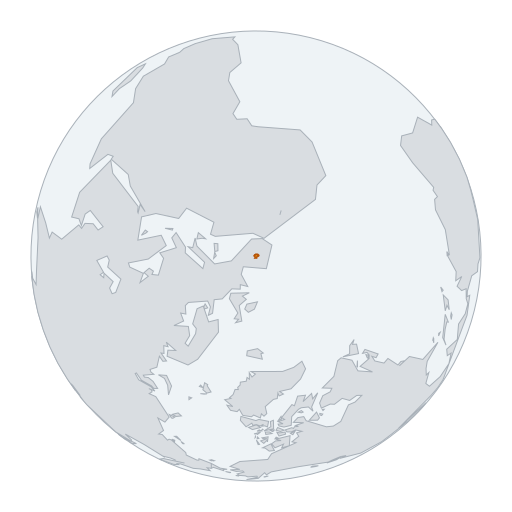 the Earth from above Ávila, rotated 194°
{"feature_id": "ESP-5806", "entity_name": "Ávila", "entity_type": "Autonomous Community", "adm_level": 1, "iso_a3": "ESP", "parent_name": "Spain", "parent_adm1": "", "projection": "orthographic", "projection_center": [-4.824, 40.625], "detail": "fine", "context": "on_globe", "style": "filled", "palette": "amber", "viewbox_px": 512, "rotation_deg": 194, "n_neighbors": 0, "source": "natural_earth", "source_scale": "10m", "svg_char_len": 10747}
<svg xmlns="http://www.w3.org/2000/svg" viewBox="0 0 512 512"><g transform="rotate(194 256 256)"><circle cx="256" cy="256" r="225" fill="#eef3f6" stroke="#a8b0b8"/><path d="M70.4,383.6L63.3,371.4L58.6,362.5L49.7,345.0L38.3,308.5L38.7,302.0L37.3,294.4L41.9,289.0L42.4,272.8L41.3,267.6L39.1,269.6L36.9,249.5L38.6,234.9L44.6,181.3L47.9,172.1L52.2,163.5L76.0,123.4L55.6,154.7L60.7,144.7L68.9,131.6L69.3,131.6L81.5,115.8L89.1,106.3L106.6,90.2L125.7,79.9L120.3,84.2L125.5,81.8L132.7,76.4L136.1,73.5L163.9,61.8L189.0,50.2L192.9,46.2L195.2,47.8L200.0,40.8L211.1,36.8L201.0,41.7L201.8,42.6L210.5,39.7L213.2,40.1L219.0,39.1L221.5,40.0L215.4,43.4L216.9,44.2L223.0,42.2L229.3,42.3L220.1,45.0L230.2,45.6L221.9,52.7L195.4,61.4L193.1,67.9L172.0,84.5L176.2,84.4L170.9,91.4L173.8,94.2L169.1,97.0L175.5,96.8L179.3,93.8L183.4,92.8L185.5,94.4L179.8,98.0L177.9,97.8L177.3,99.7L173.6,100.9L176.6,101.2L169.4,105.8L179.5,103.6L176.3,109.3L170.8,111.7L167.5,108.3L146.4,107.3L139.8,109.7L133.7,116.0L130.3,133.9L124.6,138.2L119.6,146.4L124.5,145.1L130.2,138.5L138.0,138.7L144.0,131.1L148.1,130.3L155.8,124.2L158.7,128.7L157.4,136.6L151.2,142.1L150.4,146.0L159.7,144.0L151.3,158.0L151.4,174.2L148.8,177.8L137.7,178.1L129.3,169.2L114.9,171.7L128.3,174.1L121.5,183.8L122.2,187.3L124.9,189.3L129.1,187.3L127.7,191.7L113.8,190.5L114.9,186.4L119.3,186.7L115.3,182.9L105.9,183.1L103.2,188.5L91.9,184.6L89.9,188.7L86.3,190.4L90.3,184.1L82.8,195.6L69.1,196.0L58.6,216.3L64.4,195.2L63.8,188.0L62.0,181.7L60.1,184.8L60.4,173.4L56.2,171.6L48.1,183.5L42.8,198.2L43.2,209.0L46.3,205.6L48.4,211.7L40.5,223.7L43.0,239.0L39.0,250.6L38.9,260.9L41.7,265.5L44.2,275.1L48.1,272.2L53.6,275.3L51.4,285.9L56.2,280.3L58.0,289.3L70.2,302.6L68.7,304.0L78.7,327.4L93.0,344.2L96.4,354.2L94.3,357.5L100.1,362.6L100.2,365.6L126.5,384.3L142.5,398.2L143.7,407.8L133.8,413.3L132.8,429.8L117.1,425.5L118.5,430.5L115.7,432.0L105.5,423.6L108.7,426.5L94.7,413.3L81.9,399.0L70.4,383.6ZM55.1,222.0L58.3,245.2L53.4,238.4L54.9,238.2L54.8,230.9L53.4,220.7L50.1,215.5L55.1,222.0ZM63.3,217.9L62.5,214.7L63.7,217.0L63.3,217.9ZM137.2,72.3L132.5,76.3L125.1,81.3L128.6,77.8L137.2,72.3ZM151.9,64.2L150.4,65.8L144.7,67.6L147.3,66.1L151.9,64.2ZM195.1,43.6L190.8,45.5L194.1,43.6L195.1,43.6ZM219.4,38.8L219.7,38.3L222.6,38.1L219.4,38.8ZM153.6,122.2L154.6,123.2L152.7,123.8L153.6,122.2ZM156.0,118.7L153.0,118.8L153.7,117.1L155.5,117.2L156.0,118.7ZM229.0,39.4L233.5,39.5L227.9,39.9L229.0,39.4ZM159.5,119.2L155.3,114.3L156.5,111.6L164.6,109.5L159.5,119.2ZM235.4,39.9L246.2,40.6L248.0,39.2L249.2,43.9L239.5,41.5L232.4,42.1L236.1,40.9L235.4,39.9ZM179.6,92.2L175.7,95.5L177.0,91.5L179.6,92.2ZM179.5,89.9L177.8,79.9L184.7,76.1L183.8,80.1L191.2,74.5L195.4,77.6L192.3,81.3L187.0,83.0L192.6,83.0L179.5,89.9ZM248.1,46.7L249.8,47.6L246.9,47.3L248.1,46.7ZM185.2,92.2L184.2,90.3L190.1,86.9L193.1,90.0L190.2,90.1L185.2,92.2ZM191.1,71.7L196.0,69.9L200.7,71.8L203.2,71.5L196.1,77.3L191.1,71.7ZM189.9,91.6L194.4,91.8L193.5,94.8L186.5,93.8L189.9,91.6ZM190.4,84.7L193.3,83.3L192.6,85.1L190.4,84.7ZM192.9,106.4L191.7,103.9L194.6,101.9L192.9,106.4ZM196.2,91.6L196.4,90.6L197.5,89.6L200.2,90.3L196.2,91.6ZM199.9,78.4L200.8,79.8L203.1,76.1L206.7,77.7L201.2,81.4L205.1,80.5L206.2,81.0L200.5,83.5L199.9,78.4ZM206.0,88.2L200.3,94.0L202.0,98.9L199.4,100.8L197.1,92.6L206.0,88.2ZM203.3,85.2L204.4,87.4L200.6,88.5L197.5,87.6L203.3,85.2ZM211.1,77.5L207.0,74.1L208.3,73.5L211.1,77.5ZM207.2,89.4L208.5,88.0L207.8,89.6L207.2,89.4ZM210.8,80.8L209.1,79.7L210.7,78.9L210.8,80.8ZM212.6,86.3L210.8,88.1L208.6,87.5L212.6,86.3ZM212.4,83.6L214.9,82.9L209.0,86.2L211.4,83.2L212.4,83.6ZM212.5,80.3L212.9,79.5L213.0,81.0L212.5,80.3ZM221.8,87.9L214.8,92.2L210.1,90.7L217.5,86.7L221.8,87.9ZM391.4,75.9L392.7,77.0L388.8,74.2L398.1,81.7L392.8,78.1L402.6,86.2L404.7,87.4L398.5,81.6L409.2,90.9L409.4,91.1L422.3,104.0L434.1,118.0L444.7,133.0L454.1,148.7L462.1,165.1L468.8,182.1L466.8,177.1L469.8,186.7L467.3,180.4L462.5,175.1L465.5,189.1L471.9,221.1L476.7,238.6L477.1,251.6L468.1,237.3L460.8,223.4L459.6,229.9L448.6,225.3L435.5,243.3L431.9,240.6L429.8,246.3L421.8,247.9L415.5,243.0L411.4,247.4L427.8,260.1L431.9,255.4L432.8,243.3L436.8,249.3L444.3,249.2L442.5,275.2L420.1,313.8L415.0,301.6L382.3,275.5L381.6,270.4L381.4,270.0L380.8,269.2L380.9,278.0L374.3,272.2L394.9,293.5L399.7,304.2L419.9,314.9L418.7,318.2L424.3,318.8L438.5,300.7L439.3,305.3L434.4,332.3L412.0,375.1L413.3,389.3L408.8,403.2L391.2,420.2L388.9,428.0L379.3,435.2L376.2,439.8L366.3,447.4L351.1,456.2L329.5,463.5L331.1,460.6L324.7,456.6L317.2,439.8L325.8,427.7L325.1,419.4L309.0,401.8L312.8,388.6L307.7,384.0L297.8,387.0L291.6,381.3L285.3,381.9L243.7,389.0L229.2,380.2L207.7,350.9L214.0,339.6L212.0,325.3L252.5,275.1L264.5,277.3L300.3,265.2L305.4,266.1L305.0,278.6L334.9,285.6L340.1,273.7L363.4,273.0L376.5,266.3L374.5,242.8L353.0,253.2L345.6,244.4L359.8,227.0L378.1,218.4L375.8,214.7L361.1,211.9L362.1,202.1L355.6,210.3L360.6,212.8L356.7,218.3L351.9,216.5L352.5,212.9L346.1,213.8L345.1,231.4L350.1,235.8L335.3,244.8L342.1,253.2L339.2,259.4L326.6,247.6L325.4,241.9L304.5,230.9L304.4,237.5L324.1,248.6L319.4,248.8L319.4,258.7L315.7,251.3L294.2,238.3L278.7,245.3L264.4,271.4L254.2,274.4L243.2,270.5L242.9,246.2L265.7,242.5L265.9,234.6L256.6,224.4L264.3,224.4L263.3,220.0L271.5,218.3L278.4,206.2L286.0,203.5L284.3,189.9L287.9,186.9L287.9,195.6L292.0,200.6L310.3,194.6L312.6,190.8L310.0,182.7L315.3,182.4L310.5,175.4L318.8,168.7L304.6,171.3L301.1,162.7L303.7,154.2L300.0,152.1L295.8,166.0L296.4,171.2L301.0,174.8L300.4,190.6L295.1,194.7L286.0,180.6L277.4,185.2L274.0,173.0L287.6,141.7L295.6,133.8L318.0,137.2L318.7,143.3L311.0,144.9L322.2,150.7L319.4,146.7L323.8,146.7L321.7,139.2L324.7,138.9L317.4,132.5L320.9,131.3L325.5,135.4L325.3,124.1L331.4,120.3L329.9,118.0L326.5,116.5L336.5,113.1L335.0,111.5L331.1,112.0L325.5,109.4L319.4,103.7L323.2,102.8L325.9,104.7L337.2,107.8L343.8,113.6L344.8,112.7L339.9,107.5L326.1,103.7L321.4,100.5L327.9,101.4L325.2,100.9L324.0,99.0L326.4,96.6L319.2,95.3L301.3,78.7L304.2,72.8L312.0,75.1L303.5,64.3L307.4,59.7L303.8,60.1L297.3,55.9L296.0,57.2L293.8,57.1L276.6,48.3L275.5,46.0L264.0,43.7L262.1,44.0L262.3,45.5L249.2,43.9L248.0,39.2L252.2,38.7L248.6,36.6L258.8,35.9L265.5,34.8L278.8,36.0L283.0,35.4L281.1,34.8L285.3,33.9L300.7,35.5L296.7,37.1L275.3,37.8L284.8,37.5L285.1,38.6L290.1,39.3L296.6,39.3L295.8,38.6L319.1,46.1L339.7,51.6L332.1,47.3L332.7,46.2L349.6,51.4L384.0,70.7L384.5,71.0L391.4,75.9ZM242.8,301.7L242.6,306.2L242.6,306.3L242.8,301.7ZM400.5,220.0L409.4,213.2L400.0,203.3L402.7,200.1L398.5,198.1L399.3,202.6L388.4,196.6L390.3,189.5L386.5,184.6L383.3,186.7L381.5,200.9L397.2,209.4L397.4,216.5L400.5,220.0ZM70.7,302.9L71.9,306.5L69.7,304.4L70.7,302.9ZM51.2,241.6L52.6,244.9L52.8,248.1L51.5,246.3L51.2,241.6ZM66.9,266.4L69.3,270.6L66.1,268.1L66.9,266.4ZM59.1,248.6L64.9,263.5L59.0,259.9L55.5,250.6L58.8,254.4L59.1,248.6ZM59.5,222.6L60.0,225.2L58.8,226.6L59.5,222.6ZM64.2,219.6L63.8,219.1L64.1,216.5L64.2,219.6ZM122.4,183.8L123.4,184.1L125.5,186.9L123.1,187.0L122.4,183.8ZM143.4,191.7L140.6,198.7L141.0,193.6L137.1,194.8L132.9,186.1L147.3,179.2L141.5,183.7L143.4,191.7ZM131.3,173.2L132.3,179.1L130.7,173.0L131.3,173.2ZM249.8,199.5L254.1,201.8L253.2,207.1L243.5,211.9L244.7,204.0L249.8,199.5ZM260.3,203.9L254.0,189.4L259.7,186.3L257.6,190.4L262.0,189.8L259.8,196.3L271.5,208.1L271.4,213.8L253.6,218.7L259.5,213.8L254.9,211.6L260.3,203.9ZM227.6,162.4L224.9,157.4L240.9,157.0L241.5,161.8L232.0,166.5L225.5,163.6L227.6,162.4ZM174.6,117.0L172.5,116.0L174.1,114.8L177.2,114.7L174.6,117.0ZM192.1,105.4L185.2,120.5L182.5,120.0L181.7,130.1L174.3,132.9L175.1,126.1L168.8,136.1L166.5,131.1L163.0,138.2L165.5,122.9L163.1,119.2L168.6,122.2L175.4,119.7L177.7,117.5L182.5,108.8L180.9,100.2L187.5,96.8L192.6,96.7L193.9,98.2L189.2,99.8L194.5,100.7L188.7,104.3L192.1,105.4ZM248.1,104.2L242.1,104.3L251.6,109.0L245.9,111.7L247.4,112.1L244.7,116.0L244.0,121.5L240.9,122.1L242.0,124.1L240.2,126.9L240.7,129.8L235.2,132.1L235.3,136.0L232.6,134.9L234.3,141.1L230.6,137.6L228.0,141.3L232.9,142.7L202.3,150.4L192.4,157.1L186.0,165.0L180.6,158.5L183.0,147.4L189.9,135.6L200.3,130.3L196.0,128.7L199.7,125.8L201.6,128.3L200.9,122.8L204.4,121.1L210.6,112.1L207.4,105.7L209.5,102.5L212.6,104.2L212.6,99.9L219.8,101.1L221.5,98.9L230.3,98.2L235.1,103.2L236.7,100.4L243.4,100.1L248.1,104.2ZM224.3,87.9L231.4,92.7L231.8,96.7L216.3,96.3L213.7,98.1L203.8,98.6L203.5,92.9L206.4,93.3L209.1,92.3L208.1,94.5L210.9,92.1L214.9,92.5L218.2,90.9L219.6,92.8L224.3,87.9ZM309.0,260.5L312.5,260.2L317.5,258.2L317.6,264.7L309.0,260.5ZM294.2,251.9L297.1,250.4L299.7,258.1L296.0,258.7L294.2,251.9ZM296.5,243.3L297.0,249.7L294.6,246.6L296.5,243.3ZM290.3,194.0L293.1,192.2L294.3,193.9L293.8,197.2L290.3,194.0ZM275.2,120.6L271.7,119.5L272.0,118.3L266.7,113.2L270.5,111.1L275.2,113.4L275.2,120.6ZM372.2,248.4L369.7,254.4L367.1,253.4L368.5,251.5L372.2,248.4ZM343.4,260.9L351.0,260.9L343.3,262.6L343.4,260.9ZM278.5,117.4L275.8,115.5L279.4,115.7L278.5,117.4ZM273.0,109.4L276.7,109.0L270.3,110.3L273.0,109.4ZM434.7,381.5L416.8,410.1L409.8,415.7L411.4,411.0L419.9,395.6L429.0,385.4L434.3,375.9L434.7,381.5ZM477.1,239.5L479.4,245.7L479.3,250.5L477.1,239.5ZM307.3,100.1L310.4,109.2L315.2,115.1L321.9,117.1L313.9,118.5L306.5,109.4L307.3,100.1ZM301.7,81.2L295.8,80.1L297.4,78.4L298.9,78.4L301.7,81.2ZM298.9,82.1L293.6,84.9L289.7,82.8L294.6,81.0L298.9,82.1ZM286.3,100.4L287.0,103.1L284.1,102.8L286.3,100.4ZM346.6,49.8L342.4,48.0L338.8,46.5L346.6,49.8ZM338.0,46.2L340.6,47.4L330.3,45.8L326.6,45.0L331.1,44.1L333.8,45.3L337.5,46.3L338.0,46.2ZM251.5,46.8L250.0,47.5L249.8,46.5L251.5,46.8ZM293.3,57.9L290.2,57.6L290.1,56.2L293.3,57.9ZM281.7,56.2L284.0,57.9L280.0,56.4L281.7,56.2ZM289.4,61.9L284.2,58.8L291.4,61.3L289.4,61.9Z" fill="#d9dde1" stroke="#a8b0b8" stroke-width="1"/><path d="M256.6,257.7L256.4,257.6L256.4,257.4L256.1,257.4L256.0,257.5L255.9,257.6L255.8,257.8L255.7,257.8L255.6,258.0L255.4,258.0L255.4,257.9L255.2,257.9L255.2,258.0L254.9,258.1L254.5,258.0L254.4,257.9L254.4,257.6L254.4,257.4L254.4,257.5L254.2,257.5L253.9,257.7L253.7,257.6L253.5,257.4L253.4,257.3L253.4,257.1L253.5,257.0L253.4,256.9L253.6,256.6L253.8,256.6L253.8,256.8L254.0,256.8L253.9,256.7L254.0,256.6L254.2,256.3L253.9,256.3L253.9,256.2L254.1,256.1L254.3,256.0L254.4,255.8L254.8,255.5L254.8,255.4L255.0,255.2L255.1,254.9L255.1,254.7L255.2,254.4L255.0,254.2L255.3,254.0L255.4,253.9L255.5,253.9L255.8,254.1L256.0,254.1L256.4,253.9L256.3,254.2L256.4,254.3L256.5,254.4L256.6,254.5L256.8,254.7L256.8,254.9L256.8,255.0L257.0,255.2L257.0,255.3L257.1,255.5L257.2,256.0L257.4,255.9L257.5,255.9L257.6,255.7L257.9,255.7L258.0,255.7L258.0,255.8L257.9,255.9L257.9,256.0L257.7,256.1L257.6,256.3L257.5,256.5L257.5,256.8L257.4,256.8L257.2,256.8L257.2,257.0L256.9,257.1L256.9,257.3L256.8,257.6L256.7,257.7L256.6,257.7Z" fill="#f59e0b" stroke="#b45309" stroke-width="1.5"/></g></svg>